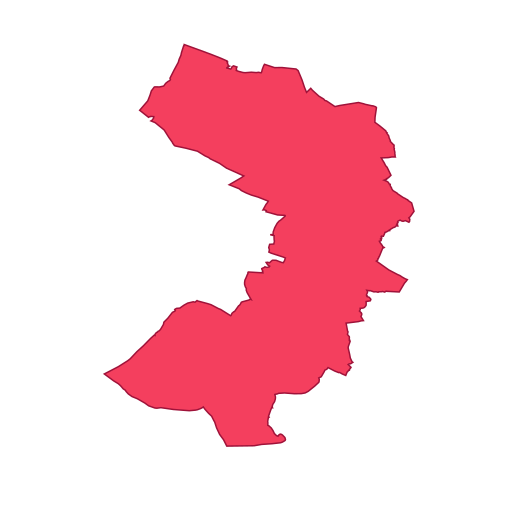 Marnardal nor, Vest-Agder, Norway (Robinson projection), rotated 196°
{"feature_id": "86288312B41344454307945", "entity_name": "Marnardal nor", "entity_type": "district", "adm_level": 2, "iso_a3": "NOR", "parent_name": "Norway", "parent_adm1": "Vest-Agder", "projection": "robinson", "projection_center": [7.526, 58.305], "detail": "fine", "context": "isolated", "style": "filled", "palette": "rose", "viewbox_px": 512, "rotation_deg": 196, "n_neighbors": 0, "source": "geoboundaries", "source_scale": "gbopen_adm2", "svg_char_len": 6118}
<svg xmlns="http://www.w3.org/2000/svg" viewBox="0 0 512 512"><g transform="rotate(196 256 256)"><path d="M181.1,431.8L182.0,432.4L185.1,432.6L185.5,432.4L192.9,431.9L194.4,432.0L199.8,431.8L216.9,423.8L221.3,421.4L230.9,424.5L232.7,424.5L234.1,425.5L239.6,427.0L247.5,430.9L249.6,432.3L252.5,427.2L255.9,431.5L260.2,437.8L266.6,445.8L269.0,446.8L283.1,444.3L290.0,442.2L300.7,442.6L301.1,440.8L301.4,437.1L301.3,434.4L301.6,433.5L304.2,433.3L306.2,432.4L311.1,431.4L317.0,429.2L319.1,428.8L323.7,428.7L326.1,428.9L326.1,429.9L326.6,430.8L326.4,432.4L330.0,432.6L331.2,431.3L331.5,429.2L331.9,428.7L335.9,428.7L335.9,429.1L333.8,431.2L335.2,431.3L335.3,431.7L335.9,432.7L336.7,433.4L336.8,434.8L337.6,434.9L337.6,435.5L344.1,436.4L355.4,437.5L383.3,439.5L383.2,438.9L383.4,438.4L383.2,438.1L383.5,437.7L383.7,431.0L383.5,428.2L384.1,424.0L384.1,420.7L386.0,412.1L387.7,403.2L386.9,402.0L387.2,401.0L388.7,399.5L390.4,397.1L391.6,393.9L395.4,391.9L399.9,390.7L400.4,390.3L402.1,385.9L402.2,381.4L402.8,375.3L408.0,364.0L397.5,359.7L396.8,360.5L396.1,360.7L395.7,361.2L392.7,361.8L392.7,361.1L392.4,360.7L392.5,360.2L393.3,357.9L394.2,356.9L389.7,356.4L379.0,351.8L372.4,345.9L367.7,342.2L367.3,341.6L365.2,339.9L364.2,339.5L353.1,340.3L341.1,340.6L332.7,338.2L328.7,337.6L326.8,336.8L316.5,335.0L308.5,332.3L289.8,329.6L292.0,326.9L301.4,317.1L290.6,316.0L288.2,314.9L282.8,313.9L277.2,313.3L270.1,313.2L259.3,312.1L259.7,310.5L260.6,308.4L262.0,302.2L260.7,302.7L258.6,302.5L258.6,301.3L246.6,301.4L239.4,303.0L239.0,302.7L239.1,302.1L242.4,297.0L243.5,295.8L244.7,293.2L245.8,288.4L246.1,283.7L245.4,281.5L248.2,280.4L244.1,280.5L243.9,279.2L242.9,276.2L242.4,275.6L242.2,272.4L246.1,271.0L246.1,267.6L244.8,265.6L244.7,263.3L242.2,262.9L229.6,262.5L227.2,262.2L227.3,259.4L227.9,257.1L229.6,256.9L235.5,257.4L238.7,256.6L239.2,256.3L241.2,253.2L243.1,253.2L244.5,252.6L242.3,250.7L240.1,250.0L240.4,249.5L240.3,249.2L241.7,248.3L242.8,248.0L244.4,248.1L244.4,247.8L247.0,245.5L246.5,244.5L245.6,243.8L245.1,242.7L245.4,242.5L244.8,241.7L259.0,238.5L259.2,237.6L258.9,236.8L259.2,235.7L259.6,232.1L260.0,229.8L259.7,227.5L259.2,225.7L257.8,223.5L256.3,222.0L256.0,220.5L254.4,218.3L248.7,212.8L249.7,212.9L250.7,211.7L256.7,208.1L257.4,207.4L257.8,205.3L258.3,204.1L259.0,203.3L261.3,196.8L262.0,196.3L263.3,194.3L263.6,192.0L263.9,191.6L275.3,194.9L277.6,195.1L285.8,196.8L289.5,196.9L299.9,196.7L300.4,196.9L301.9,194.8L303.7,194.7L308.7,191.9L311.7,188.9L314.9,184.9L317.9,183.8L319.2,182.5L319.4,182.1L318.6,181.5L318.8,180.6L320.8,178.8L323.6,171.9L326.3,167.0L326.1,164.7L327.5,159.3L328.1,158.0L328.6,157.2L329.4,156.6L329.8,155.5L330.3,155.3L331.2,153.9L331.4,152.8L331.2,151.8L332.0,151.9L334.5,147.9L339.6,138.5L344.0,131.4L348.6,122.5L350.4,120.0L357.8,111.7L369.3,100.8L358.3,96.7L353.2,95.3L350.5,94.0L347.0,91.7L344.5,90.9L343.6,90.0L340.7,88.2L336.4,86.7L330.8,86.1L322.3,84.0L317.9,82.4L311.3,82.0L309.3,82.4L305.6,84.0L293.1,85.7L277.5,88.9L271.6,91.2L269.9,92.1L267.3,94.0L265.7,95.5L265.1,96.4L262.8,94.6L258.2,91.7L254.5,89.8L251.0,86.0L250.0,85.1L246.5,79.9L241.8,74.5L236.5,70.4L231.7,65.2L205.5,73.1L198.5,76.5L188.8,80.0L180.8,83.3L179.3,84.4L177.4,86.4L177.1,87.0L177.1,87.7L178.2,89.5L181.0,91.1L182.0,91.5L183.2,91.6L184.0,91.2L184.2,90.7L184.9,90.1L185.2,88.8L186.8,89.0L189.4,90.4L191.5,92.8L193.9,94.9L197.0,96.4L198.0,96.5L198.6,98.9L199.2,100.3L199.6,104.3L199.0,104.7L199.8,105.4L199.4,112.1L199.1,114.7L198.3,114.7L198.9,115.8L199.0,117.8L198.0,121.2L198.0,123.9L198.4,125.8L199.7,128.1L197.2,129.5L196.5,130.2L190.8,132.2L181.1,134.2L174.5,136.2L171.0,137.9L168.5,140.3L163.7,147.1L160.8,151.9L160.8,153.1L161.2,154.9L162.1,156.1L160.0,157.9L158.5,163.8L158.4,165.2L156.7,166.7L156.0,168.6L148.5,167.1L144.3,166.7L143.5,167.1L140.7,166.4L136.8,165.9L136.4,169.7L135.9,170.2L135.5,171.6L134.9,171.8L135.0,172.2L134.7,172.4L134.8,172.7L134.7,173.3L134.1,174.6L134.5,175.0L134.2,175.3L137.5,177.1L136.6,178.1L135.3,178.5L133.6,180.5L134.6,180.9L137.2,183.9L139.0,187.5L142.1,193.1L142.3,194.4L142.0,199.8L142.9,200.4L143.0,200.6L142.6,200.8L143.5,202.0L143.7,203.2L144.1,204.2L146.5,205.8L146.6,208.4L147.3,209.1L150.9,216.3L139.4,221.2L137.1,222.6L134.9,223.5L138.4,226.7L138.2,228.5L138.3,229.5L139.1,230.1L139.1,230.4L141.4,231.6L141.0,233.2L141.5,234.4L138.9,235.4L138.2,235.9L137.5,236.6L136.6,238.7L136.8,240.0L137.6,242.6L133.8,244.4L133.6,245.8L133.8,246.2L135.8,247.5L138.1,247.6L138.1,248.3L138.8,248.4L139.1,249.4L138.8,251.6L139.0,252.6L140.0,253.6L137.1,253.9L136.9,254.2L132.8,254.0L130.8,254.7L128.7,254.8L128.0,255.3L128.0,255.5L125.4,256.3L124.5,256.8L122.3,256.8L121.2,258.1L120.5,258.1L108.4,260.9L105.8,270.8L104.7,273.1L104.0,275.0L106.1,275.2L109.5,276.0L112.3,276.9L114.7,277.2L124.4,279.2L138.9,284.3L137.8,285.8L138.1,287.2L137.7,287.6L137.5,288.4L137.6,289.3L137.3,289.8L136.4,298.3L135.1,299.5L135.8,299.8L136.6,299.6L137.4,300.8L138.3,301.4L138.6,301.9L139.4,302.2L141.2,303.8L141.5,304.2L140.2,305.0L140.0,305.4L140.0,306.3L141.1,306.7L141.0,307.1L140.2,307.7L140.4,308.1L140.2,308.2L141.1,309.3L140.9,309.7L139.0,310.1L138.5,313.3L138.6,314.2L137.2,315.1L135.6,316.8L134.4,317.3L134.5,317.7L134.9,317.8L131.9,321.1L130.5,322.0L129.3,323.9L128.0,323.9L128.4,324.9L129.5,325.3L128.7,327.2L129.3,327.5L129.3,327.8L129.2,328.5L127.4,330.2L125.7,329.8L124.2,329.9L122.1,331.2L118.3,330.6L117.9,331.5L118.3,333.8L119.6,334.8L118.7,336.1L116.4,342.5L121.0,349.9L125.4,351.4L125.7,351.9L126.7,351.9L128.3,352.4L130.7,352.8L137.2,354.9L137.6,355.3L142.3,356.6L144.1,358.0L144.4,358.7L146.5,360.7L146.7,361.9L147.7,361.9L149.1,363.3L151.0,363.9L153.8,364.2L151.6,365.8L151.9,366.2L150.3,367.7L148.5,370.8L154.5,377.5L156.1,378.4L157.9,380.2L157.9,380.4L162.7,384.8L155.8,387.1L152.8,388.6L149.4,389.6L149.8,390.1L150.1,391.3L150.8,392.7L151.1,394.0L152.7,396.8L152.6,397.4L153.3,398.3L153.6,399.1L153.5,399.7L153.9,400.7L154.2,400.7L158.5,403.2L158.7,404.0L160.5,406.1L161.6,408.1L164.0,410.0L164.4,410.5L164.2,410.7L164.9,411.0L166.0,412.3L166.3,412.3L172.7,415.1L178.6,417.3L179.8,422.2L181.1,431.8Z" fill="#f43f5e" stroke="#9f1239" stroke-width="1.5"/></g></svg>